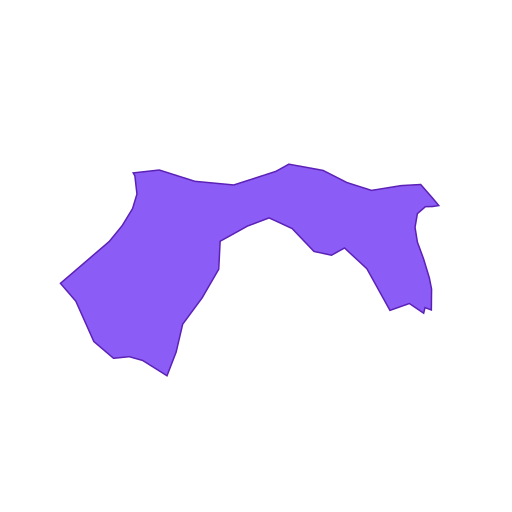 the border of Debar, rotated 331°
{"feature_id": "MKD-2952", "entity_name": "Debar", "entity_type": "Statistical Region", "adm_level": 1, "iso_a3": "MKD", "parent_name": "North Macedonia", "parent_adm1": "", "projection": "natural_earth1", "projection_center": [20.605, 41.506], "detail": "fine", "context": "isolated", "style": "filled", "palette": "violet", "viewbox_px": 512, "rotation_deg": 331, "n_neighbors": 0, "source": "natural_earth", "source_scale": "10m", "svg_char_len": 790}
<svg xmlns="http://www.w3.org/2000/svg" viewBox="0 0 512 512"><g transform="rotate(331 256 256)"><path d="M120.1,317.6L106.2,292.4L96.3,282.6L81.8,276.4L72.7,252.2L76.5,208.2L71.7,185.1L134.8,172.1L153.6,164.6L171.0,154.7L181.9,144.1L188.9,127.2L188.9,123.8L213.1,133.9L238.7,161.0L271.0,183.1L314.4,191.6L329.2,191.6L356.2,213.7L371.1,235.8L388.8,254.6L417.1,264.8L434.7,273.3L438.7,291.9L440.3,300.5L434.1,298.2L428.1,295.0L417.7,297.2L409.0,308.0L403.9,322.1L401.2,339.6L397.0,359.2L393.5,370.1L383.2,388.2L378.8,383.1L374.9,387.3L367.1,371.9L346.8,368.5L346.8,346.4L346.8,320.9L337.3,291.9L322.4,291.9L308.9,280.1L300.9,249.5L285.9,229.0L263.0,225.7L231.8,225.7L217.0,249.5L188.6,266.5L158.8,280.1L139.6,301.3L120.1,317.6Z" fill="#8b5cf6" stroke="#5b21b6" stroke-width="1.5"/></g></svg>